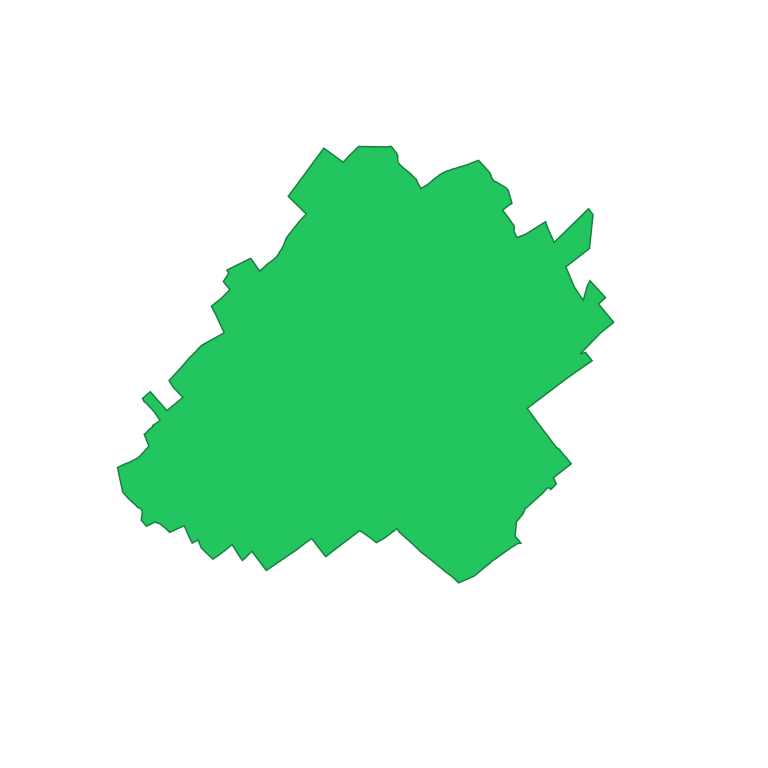 Cenotillo, Yucatán, Mexico (Albers equal-area conic projection), rotated 225°
{"feature_id": "50627088B43968623050569", "entity_name": "Cenotillo", "entity_type": "district", "adm_level": 2, "iso_a3": "MEX", "parent_name": "Mexico", "parent_adm1": "Yucatán", "projection": "albers", "projection_center": [-88.565, 21.031], "detail": "fine", "context": "isolated", "style": "filled", "palette": "green", "viewbox_px": 768, "rotation_deg": 225, "n_neighbors": 0, "source": "geoboundaries", "source_scale": "gbopen_adm2", "svg_char_len": 4719}
<svg xmlns="http://www.w3.org/2000/svg" viewBox="0 0 768 768"><g transform="rotate(225 384 384)"><path d="M363.3,652.6L363.4,639.6L363.8,604.4L378.7,610.1L384.5,613.0L389.7,590.1L390.5,588.4L391.6,585.8L393.5,581.8L395.5,582.2L397.1,582.9L399.8,583.7L400.6,584.5L401.2,585.2L403.3,587.4L404.7,588.1L406.1,588.3L408.1,588.4L409.0,588.8L409.9,588.9L414.7,589.7L416.2,589.8L417.1,590.0L419.4,590.3L421.1,590.5L422.9,590.7L422.9,591.8L422.5,595.2L422.2,598.2L422.0,599.2L421.7,600.1L421.2,602.1L423.7,603.6L427.2,605.5L429.5,606.8L433.0,608.8L434.0,608.9L435.2,609.0L438.0,608.7L440.2,608.1L441.4,607.7L442.4,607.4L443.1,607.4L444.4,607.0L446.0,606.6L446.7,606.5L448.0,606.0L448.9,605.5L450.5,605.5L451.3,605.3L453.7,606.0L455.0,606.6L455.9,607.2L457.3,607.9L459.2,608.1L461.2,608.4L462.3,608.4L463.8,608.5L475.3,609.0L479.7,599.0L480.0,597.9L480.5,597.4L481.1,596.1L482.2,594.0L482.9,592.7L483.2,592.2L483.7,591.4L484.8,589.3L485.6,587.5L486.6,585.8L487.2,584.9L488.0,583.4L488.6,582.0L489.1,580.7L489.9,579.4L490.5,578.2L490.8,577.1L491.6,574.7L492.0,573.5L492.7,570.4L492.9,567.8L493.2,566.6L493.6,563.5L493.6,562.1L493.7,560.8L494.3,555.2L494.9,553.1L495.4,551.1L496.2,548.1L499.6,549.3L501.3,549.6L501.9,550.0L502.7,550.4L503.3,550.6L504.0,550.8L506.1,551.6L507.7,551.2L508.9,551.4L511.2,551.4L513.4,551.4L515.4,551.3L516.6,551.2L518.0,551.0L520.8,550.6L523.9,550.5L528.2,550.3L529.1,550.5L530.5,550.6L531.1,550.7L531.8,551.2L533.6,553.0L534.6,553.8L535.1,554.4L536.1,555.4L537.1,555.7L539.2,556.2L542.1,556.5L544.8,556.9L545.8,556.9L546.8,557.1L548.1,556.1L548.3,555.2L548.7,554.6L569.9,534.0L570.0,521.6L569.8,511.9L593.3,508.2L588.8,478.3L585.9,459.5L584.4,449.0L559.1,449.2L558.8,439.0L558.8,438.9L558.7,438.0L556.5,419.3L555.8,417.2L555.2,415.8L554.7,414.6L554.3,413.5L553.5,411.9L552.8,410.2L552.5,408.9L551.8,406.9L551.5,405.4L551.3,404.4L550.9,402.6L550.4,400.9L550.2,399.9L550.1,398.8L549.9,398.1L549.7,397.1L550.1,396.0L550.1,394.2L550.2,393.2L550.3,392.1L550.5,390.9L550.7,389.7L550.9,388.1L551.1,387.4L551.2,386.5L551.3,385.8L551.3,385.3L551.3,383.4L551.7,375.9L566.7,378.6L567.4,377.8L575.6,353.5L572.1,352.4L570.2,343.6L570.0,342.8L559.7,341.8L559.6,329.1L561.1,317.0L552.0,314.1L546.4,312.0L539.3,309.4L533.2,307.2L534.2,303.7L534.6,302.4L535.9,297.5L536.8,294.5L537.1,293.4L539.1,286.6L539.9,283.4L540.2,282.3L540.4,278.3L540.0,274.3L540.0,273.7L540.1,265.6L539.9,262.6L539.3,254.8L539.1,251.8L539.1,251.6L538.9,246.5L538.8,244.1L538.5,238.0L538.4,234.5L530.4,232.6L523.3,232.5L522.1,232.4L516.7,232.3L518.7,211.6L522.4,211.9L528.4,212.3L533.5,212.6L538.7,213.0L543.8,213.3L544.1,210.3L544.5,203.0L540.9,201.9L538.2,202.4L535.4,202.1L531.0,202.1L526.4,201.8L516.4,199.8L518.2,191.0L517.3,190.8L517.6,188.1L518.0,185.0L517.6,181.0L517.9,178.9L506.2,173.8L505.6,160.4L505.9,156.9L508.9,148.0L510.9,143.6L513.4,136.6L507.0,132.3L492.9,123.2L492.1,122.8L483.5,122.3L472.3,122.8L471.6,122.6L470.8,122.7L467.7,123.8L467.0,123.8L465.7,123.3L464.7,122.8L463.8,121.9L462.3,120.1L459.4,116.1L451.4,115.4L448.4,124.4L443.4,126.7L435.1,127.6L430.7,127.5L426.8,138.0L425.0,142.6L419.8,140.5L414.0,138.2L407.1,135.9L405.1,142.3L397.1,138.8L381.1,139.2L379.7,146.9L378.7,154.4L378.0,163.1L364.9,160.1L359.4,159.0L359.1,162.3L359.1,164.2L359.2,167.1L359.1,172.3L335.4,168.9L328.6,204.6L327.2,215.8L325.9,223.4L325.0,223.5L303.4,220.7L303.0,221.1L302.2,228.3L300.6,240.3L299.6,247.5L297.5,263.0L293.5,264.1L284.1,265.7L277.2,266.4L274.8,274.9L272.9,288.4L272.6,291.1L269.2,290.1L266.0,290.3L259.4,290.6L255.9,290.9L243.4,291.3L239.9,291.2L238.3,291.4L232.5,292.2L221.7,293.4L214.5,294.1L206.4,294.8L201.0,295.8L190.6,296.2L184.4,312.1L183.0,327.3L182.4,331.9L182.3,335.2L181.7,338.7L180.2,347.4L178.5,358.0L178.2,359.4L177.7,360.8L177.5,362.0L177.1,364.2L176.4,366.2L174.7,368.2L176.5,368.5L178.9,368.8L183.7,369.1L192.9,380.1L193.2,383.7L193.7,387.4L193.8,390.0L194.1,390.8L195.0,393.3L196.0,395.4L195.7,399.1L194.6,419.8L195.1,425.2L194.4,427.0L192.7,427.6L191.4,427.4L191.5,435.2L197.9,437.6L195.2,460.0L214.5,461.7L217.2,461.0L233.6,463.3L248.5,465.4L265.5,468.0L259.0,515.3L256.9,528.1L253.3,547.6L263.8,548.8L266.1,544.6L266.5,545.1L266.6,550.7L267.0,573.4L265.2,590.0L288.9,592.3L288.4,601.7L311.4,602.7L311.1,602.0L310.8,601.1L310.5,600.1L309.9,598.3L309.5,596.8L309.1,596.1L308.7,595.2L307.6,593.4L307.1,592.7L306.8,592.0L305.7,590.1L305.3,589.5L304.2,587.5L303.6,586.7L303.1,585.7L302.5,584.3L303.3,584.5L304.7,584.6L305.9,584.7L308.0,585.1L309.1,585.3L310.6,585.6L312.1,586.0L313.4,586.2L315.0,586.6L316.6,586.9L318.3,587.2L332.7,593.2L332.8,593.2L334.9,594.0L335.9,594.5L337.2,595.0L338.4,595.5L338.0,597.6L334.5,625.0L355.9,651.5L363.3,652.6Z" fill="#22c55e" stroke="#15803d" stroke-width="1.5"/></g></svg>